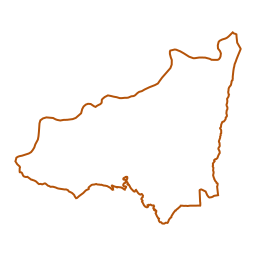 Magura, Buzau, Romania (Albers equal-area conic projection)
{"feature_id": "2599482B29533090447185", "entity_name": "Magura", "entity_type": "district", "adm_level": 2, "iso_a3": "ROU", "parent_name": "Romania", "parent_adm1": "Buzau", "projection": "albers", "projection_center": [26.561, 45.264], "detail": "fine", "context": "isolated", "style": "outline", "palette": "amber", "viewbox_px": 256, "rotation_deg": 0, "n_neighbors": 0, "source": "geoboundaries", "source_scale": "gbopen_adm2", "svg_char_len": 5852}
<svg xmlns="http://www.w3.org/2000/svg" viewBox="0 0 256 256"><path d="M218.1,195.2L217.1,186.5L217.4,186.0L217.7,183.9L217.4,183.3L216.5,182.9L216.2,181.9L215.1,180.8L215.0,180.3L214.3,179.3L214.3,178.6L213.9,177.9L213.5,176.7L213.1,175.2L213.6,172.9L213.6,172.0L213.1,170.4L213.4,167.8L213.3,167.5L212.9,166.9L212.7,166.1L213.0,165.5L212.9,163.5L214.6,161.2L214.1,160.4L214.1,160.2L214.6,159.9L215.2,159.2L216.1,159.1L216.4,158.9L216.9,158.5L217.4,158.0L218.2,155.8L219.0,154.1L219.7,153.1L219.7,152.0L219.5,151.4L219.5,151.1L218.4,149.0L218.4,148.4L218.7,147.6L219.6,146.4L219.7,145.9L219.7,144.9L219.5,144.0L219.6,143.4L219.5,142.9L219.0,142.0L218.9,141.2L220.2,137.6L220.1,136.5L220.7,135.4L220.6,134.1L220.7,133.7L221.2,133.2L221.2,130.4L221.0,129.7L220.3,128.8L220.1,128.5L220.1,128.2L220.2,127.9L220.8,127.3L221.0,126.5L221.2,124.6L222.3,122.0L222.6,121.8L223.3,121.7L223.8,121.5L224.5,120.7L225.4,119.5L225.7,118.7L225.7,117.6L226.8,116.4L226.9,115.4L226.7,114.4L226.4,113.5L226.4,113.0L226.7,110.4L227.2,109.6L227.4,109.0L227.4,107.2L226.9,106.4L226.7,105.7L226.5,104.9L226.7,104.0L227.0,103.4L227.3,101.7L227.3,100.6L227.1,99.2L227.1,98.8L228.5,96.6L228.8,95.1L228.7,94.6L228.9,94.5L228.3,93.0L228.2,92.0L228.5,90.4L228.6,88.8L229.0,87.6L229.8,86.4L230.7,85.4L231.0,84.7L231.5,82.4L231.5,81.7L231.7,81.3L231.9,80.6L232.4,80.4L232.5,80.3L232.8,78.1L232.7,77.3L232.8,76.2L233.4,70.6L233.9,67.6L234.2,66.7L234.6,64.3L235.8,61.4L236.5,59.3L237.6,56.5L240.6,49.2L240.6,48.6L237.2,42.7L236.6,37.3L236.4,34.4L235.8,34.0L233.8,33.4L232.7,32.4L228.8,36.3L227.2,37.6L225.5,38.5L222.2,39.5L219.6,40.8L218.6,42.0L217.8,45.3L218.0,48.5L220.0,51.1L220.9,53.4L220.5,56.5L219.9,57.9L218.9,59.2L217.8,59.8L216.5,59.9L211.6,59.8L209.7,58.8L205.1,57.6L199.4,57.5L194.8,58.2L193.3,58.2L189.1,56.7L183.9,53.4L180.2,51.3L178.4,50.6L176.2,49.7L174.7,49.5L170.3,50.6L169.9,51.5L169.9,53.9L170.8,57.4L171.8,60.0L171.7,64.6L170.4,68.1L162.1,77.6L159.6,81.0L157.9,83.5L154.9,85.1L149.5,87.2L144.6,89.5L141.9,91.1L139.1,91.9L137.5,93.0L135.2,95.2L134.2,95.8L133.3,96.1L131.3,96.3L128.3,97.6L126.9,97.8L124.7,97.8L122.1,98.1L119.6,98.1L116.7,97.2L113.8,96.7L111.0,96.0L107.9,95.4L104.6,97.1L102.4,99.0L101.8,99.9L101.7,102.2L101.6,102.8L100.4,104.1L98.3,105.1L96.7,106.0L95.6,106.9L94.1,106.3L90.7,104.0L88.0,103.8L85.8,104.6L83.6,106.5L82.2,109.1L81.1,113.3L75.8,117.9L72.7,119.1L67.2,119.8L63.6,119.9L60.3,120.5L57.2,119.9L55.5,119.3L53.1,118.0L46.4,117.4L43.0,118.4L40.4,120.3L39.5,123.3L38.9,132.0L38.5,136.2L37.9,139.5L35.3,144.4L34.3,147.5L32.7,150.1L31.1,152.1L28.8,153.5L22.0,155.7L19.4,156.2L17.8,156.8L16.4,157.7L15.6,160.8L15.4,161.3L17.2,164.2L19.6,166.4L19.8,166.8L20.0,167.3L19.7,168.2L19.6,171.1L19.8,172.2L21.0,172.3L21.6,172.6L22.1,173.2L23.1,175.6L23.9,176.4L24.6,176.7L25.8,177.0L26.5,177.0L27.4,176.8L31.3,179.7L32.0,179.7L32.5,180.0L33.7,180.3L35.7,181.2L36.4,181.8L38.4,183.7L39.0,184.1L40.8,183.9L41.9,184.3L42.4,184.3L44.4,183.5L45.0,183.4L45.5,183.6L46.4,184.3L48.0,185.7L49.3,186.1L50.5,186.8L52.6,186.7L53.3,186.8L55.7,187.5L57.0,188.1L58.2,188.5L64.8,189.5L66.0,189.4L67.1,189.8L68.1,190.3L68.7,191.3L69.0,191.5L71.2,192.5L72.1,193.0L73.9,194.7L74.3,195.2L74.6,196.0L74.9,196.6L76.1,198.2L77.1,197.9L78.0,197.1L79.1,196.1L83.3,193.0L85.6,190.6L86.5,190.0L88.7,189.1L88.8,188.6L88.6,187.9L88.6,187.6L88.8,187.3L91.5,185.0L92.3,184.7L94.4,184.5L96.2,184.0L97.1,184.4L98.4,184.6L99.0,184.5L100.1,184.8L100.9,184.8L101.2,184.7L104.0,185.6L104.9,185.6L107.2,186.1L110.4,187.9L112.3,189.7L112.6,189.8L112.9,189.7L112.5,189.1L112.5,188.9L113.0,189.0L113.1,188.8L112.8,188.0L112.9,187.1L111.9,186.1L111.8,185.8L112.0,185.5L112.4,185.5L113.2,186.0L115.1,186.7L116.6,187.0L116.8,187.1L116.8,187.3L117.1,187.4L117.3,187.1L117.5,187.0L121.0,187.4L122.5,188.1L124.5,189.6L124.8,189.6L124.8,189.1L125.8,187.8L126.1,187.1L126.1,186.7L125.6,186.4L124.8,186.4L123.8,186.2L123.5,185.9L123.2,185.2L123.2,184.9L123.8,183.6L124.3,183.2L125.1,182.9L125.5,182.3L125.7,181.4L126.0,180.9L126.1,180.2L125.7,179.9L125.2,179.8L123.7,179.6L123.4,179.4L123.3,178.8L123.6,178.2L124.5,177.6L125.9,177.1L125.9,176.9L126.5,176.8L127.1,176.9L127.3,177.2L127.3,177.6L127.1,178.1L127.3,178.5L127.2,178.8L126.5,180.2L126.5,180.5L126.6,181.5L126.7,181.9L127.3,182.2L127.9,183.4L127.4,183.9L127.4,184.1L128.1,184.8L128.6,184.6L128.9,184.7L130.0,186.7L130.2,187.3L130.6,187.7L130.8,188.3L133.6,191.2L134.1,191.5L134.7,191.6L135.3,190.8L135.6,190.2L135.8,190.0L136.0,189.9L138.0,192.9L138.6,193.5L139.4,194.2L140.3,194.6L141.2,194.1L141.7,194.0L141.9,194.1L143.0,195.7L142.9,196.2L142.6,196.5L142.6,196.8L142.7,197.2L141.8,198.0L141.5,198.4L141.6,198.8L141.4,199.1L141.5,199.4L142.5,200.5L142.6,200.8L142.0,201.7L142.1,201.9L142.5,202.3L144.0,205.3L145.3,206.7L146.8,207.3L147.1,207.3L148.0,206.8L148.2,206.5L148.0,205.9L148.1,205.6L147.8,205.3L147.7,205.2L148.4,204.8L148.9,205.0L149.7,204.9L150.5,204.6L151.9,205.4L152.5,205.5L153.6,205.4L153.7,205.6L153.7,205.9L154.1,206.2L154.1,206.4L153.9,206.8L153.8,207.2L153.4,207.7L153.3,208.2L153.5,208.6L154.2,209.0L154.0,209.8L154.1,210.0L154.7,210.2L155.0,210.5L155.5,210.1L155.8,210.5L156.3,210.9L156.2,212.1L155.9,212.9L155.6,213.2L157.1,216.5L158.1,217.9L158.1,218.2L158.2,218.3L159.0,218.6L158.8,219.2L158.7,219.9L159.0,220.9L159.6,221.8L160.0,222.2L161.2,222.3L162.3,223.5L163.2,223.6L164.3,223.6L165.8,222.7L167.5,222.9L167.9,222.4L168.7,220.5L168.8,220.0L169.2,219.4L170.3,218.0L171.3,217.3L171.3,216.6L171.8,215.6L173.6,212.7L175.3,210.5L175.7,210.6L176.7,209.4L178.0,208.5L178.0,208.4L180.6,206.1L180.7,205.7L182.3,205.7L183.9,205.9L186.0,205.8L187.6,206.0L189.8,205.7L200.2,205.6L200.3,205.2L200.3,202.9L200.1,201.7L199.6,190.3L199.9,189.9L201.1,189.4L202.2,189.8L205.6,191.5L207.3,195.3L208.7,197.1L209.4,197.5L211.5,197.2L213.0,196.6L213.5,196.1L214.3,195.8L218.1,195.2Z" fill="none" stroke="#b45309" stroke-width="2"/></svg>